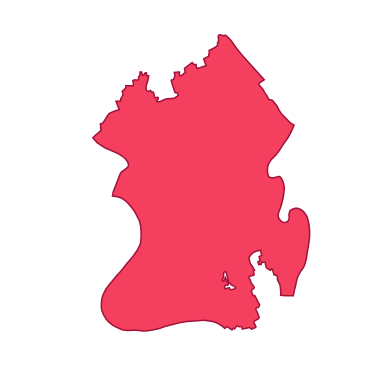 the district of Nam Truc, Nam Định, Vietnam, rotated 167°
{"feature_id": "81297802B82332241258399", "entity_name": "Nam Truc", "entity_type": "district", "adm_level": 2, "iso_a3": "VNM", "parent_name": "Vietnam", "parent_adm1": "Nam Định", "projection": "mercator", "projection_center": [106.206, 20.335], "detail": "fine", "context": "isolated", "style": "filled", "palette": "rose", "viewbox_px": 384, "rotation_deg": 167, "n_neighbors": 0, "source": "geoboundaries", "source_scale": "gbopen_adm2", "svg_char_len": 5955}
<svg xmlns="http://www.w3.org/2000/svg" viewBox="0 0 384 384"><g transform="rotate(167 192 192)"><path d="M116.7,68.1L113.9,74.1L112.2,77.3L109.9,82.3L108.2,85.4L104.3,89.9L100.8,93.0L99.3,94.7L97.6,97.4L95.6,101.2L93.4,107.0L90.6,113.4L87.6,121.7L86.1,127.9L85.5,132.0L85.3,134.2L85.3,140.4L85.4,141.8L85.9,143.6L87.0,146.3L87.9,148.0L89.3,149.8L90.2,150.7L92.1,152.0L93.5,152.6L94.6,152.9L95.6,152.9L97.9,152.7L100.4,151.9L101.1,151.2L102.1,149.5L102.7,147.7L103.2,144.8L103.6,143.7L104.6,142.6L105.2,142.1L106.1,141.6L106.8,141.4L107.5,141.3L108.4,141.4L109.5,141.7L110.5,142.2L111.9,143.7L113.1,146.2L113.4,147.4L113.4,148.6L113.2,150.1L112.4,152.2L108.0,159.0L104.5,165.9L103.2,169.1L101.5,173.8L101.1,175.1L100.9,178.3L101.0,181.2L101.6,184.7L102.3,186.3L103.1,187.3L104.0,187.6L109.1,187.5L110.6,187.6L112.3,188.3L112.9,188.8L113.8,189.9L114.0,190.6L114.1,191.5L113.9,194.9L113.3,197.4L112.6,199.4L112.1,200.6L110.5,202.8L108.8,204.5L107.2,205.9L101.9,209.2L98.5,212.0L97.4,212.9L93.8,216.6L86.2,223.4L82.1,228.0L77.5,234.2L79.9,236.5L80.9,237.8L82.3,239.9L87.2,248.0L88.4,251.0L89.8,256.5L92.3,261.9L93.1,263.3L93.5,263.6L94.4,264.0L95.6,264.5L96.4,265.0L97.1,268.3L98.9,272.4L99.4,275.2L102.5,281.4L102.6,282.2L102.5,282.5L102.2,282.8L100.4,283.6L96.3,285.1L111.2,311.8L113.3,315.9L116.0,321.4L119.5,330.0L120.9,332.7L122.8,335.5L124.1,337.3L124.7,337.2L125.9,337.2L129.2,338.8L130.3,339.0L131.0,338.5L131.6,337.1L131.9,334.1L132.1,333.4L132.6,332.5L133.7,331.5L133.8,329.9L134.2,329.2L135.4,328.4L136.8,327.8L140.5,326.8L143.5,326.1L143.6,325.8L143.7,324.1L144.9,321.9L145.3,320.4L148.2,319.8L150.7,319.1L150.3,315.4L149.7,312.0L159.5,311.1L159.4,315.4L160.6,315.5L161.6,316.0L162.7,318.1L171.5,314.2L171.7,312.0L171.5,309.6L173.0,309.4L173.6,309.3L174.6,308.3L175.3,308.1L177.5,307.9L177.8,307.9L178.0,308.1L178.0,308.8L177.3,311.1L177.3,311.8L182.4,312.5L182.3,310.1L182.4,309.4L183.6,307.2L184.4,306.2L185.3,305.9L186.9,305.7L187.1,305.6L187.2,305.3L187.0,301.8L186.8,299.8L186.3,293.1L185.9,292.4L184.1,291.8L183.9,291.3L183.7,289.1L188.5,287.3L189.1,287.3L190.1,287.7L191.6,287.8L194.1,288.3L196.1,288.5L198.2,288.3L201.8,287.5L203.0,287.3L205.1,287.8L206.0,288.3L206.1,288.6L205.9,289.0L204.8,289.5L204.2,290.1L203.8,290.6L203.7,291.2L203.8,291.7L204.3,292.1L206.6,292.0L207.0,292.2L207.1,297.3L207.2,298.0L207.5,298.3L208.5,298.3L209.1,298.6L209.4,299.6L209.5,300.3L210.9,299.9L212.6,300.1L212.9,300.4L213.2,300.9L213.5,302.1L213.4,303.5L212.9,305.2L212.1,306.8L210.0,310.5L209.0,312.6L208.1,315.0L209.5,315.4L209.9,315.9L210.0,316.4L209.6,317.8L209.7,318.5L209.9,318.6L210.8,318.6L211.4,318.2L212.6,316.9L213.2,316.5L213.7,316.5L214.1,317.3L214.1,319.7L214.3,320.4L214.9,320.6L215.5,320.7L215.9,320.2L216.0,318.5L216.2,318.1L218.1,316.1L218.6,314.2L219.2,313.4L219.7,313.3L222.2,314.0L223.6,314.2L224.7,313.8L224.6,311.7L224.7,310.9L225.5,308.8L226.8,309.0L232.5,310.5L232.7,309.2L233.4,308.2L234.3,307.5L235.6,306.7L236.9,306.2L237.4,305.8L237.2,304.4L237.2,303.3L237.5,302.5L237.9,301.6L238.6,300.8L240.5,298.8L241.1,296.7L245.6,297.5L244.9,292.1L244.2,288.5L246.5,288.5L250.5,288.1L254.5,287.3L255.6,286.7L257.0,285.5L261.5,281.0L263.5,279.3L264.7,278.9L266.0,279.0L266.1,276.0L266.8,275.1L266.8,274.3L266.3,272.9L266.5,272.6L273.9,268.7L276.4,267.2L274.9,264.1L273.1,261.0L267.1,254.8L264.3,252.7L256.9,247.2L255.0,245.7L252.0,242.6L250.8,241.3L249.2,238.9L247.9,235.3L247.8,234.4L247.8,232.5L248.1,231.8L248.8,230.9L250.9,229.7L255.8,227.6L256.6,227.1L257.8,226.0L268.7,209.9L270.4,206.0L266.6,204.5L263.5,202.8L261.6,201.4L259.7,199.5L258.4,197.9L256.7,195.1L254.5,190.9L252.9,187.3L251.7,183.6L249.8,176.0L249.7,172.9L249.7,170.1L250.5,165.1L251.6,159.8L252.8,156.5L253.0,155.3L253.5,154.2L254.8,152.0L258.4,147.6L264.2,142.4L270.3,137.9L279.4,130.7L283.8,127.8L285.5,126.4L292.3,121.3L297.4,117.0L299.6,114.6L301.4,112.3L303.3,109.3L304.7,106.1L306.1,101.0L306.4,99.0L306.5,96.7L305.9,92.6L304.3,87.6L303.2,85.3L300.2,81.2L298.5,79.3L296.6,77.7L291.5,73.8L289.8,72.9L286.1,71.6L278.8,70.2L275.7,69.3L271.8,67.8L267.6,66.9L264.6,66.6L261.3,66.4L255.6,66.3L252.9,66.5L249.3,67.0L236.5,67.4L232.7,67.4L226.4,67.0L209.6,64.4L204.2,62.5L200.2,60.8L196.1,57.9L192.9,54.7L190.6,51.6L188.3,53.2L187.8,52.5L184.1,48.7L182.5,49.8L181.5,49.0L180.3,50.0L178.4,51.4L177.9,51.4L177.5,51.2L176.9,50.3L176.4,50.1L174.9,49.9L174.2,49.6L173.9,49.1L173.8,47.1L166.3,47.0L164.9,45.0L161.3,45.5L160.4,45.8L160.0,46.4L160.1,47.0L160.9,50.3L160.9,51.0L160.5,52.0L160.0,52.3L155.9,53.5L155.2,54.0L154.9,54.5L154.8,55.4L155.0,57.1L155.6,60.6L156.1,62.4L156.1,64.1L155.6,64.5L155.3,64.6L153.3,64.6L151.8,66.3L151.5,66.8L151.5,67.5L152.1,68.7L154.0,76.7L154.3,77.1L155.6,77.1L155.9,77.5L156.3,80.6L156.4,82.2L156.0,83.0L154.3,83.7L153.0,84.5L152.8,84.8L153.2,86.4L154.8,90.2L155.0,91.3L154.9,93.2L155.8,95.0L155.7,96.3L155.5,96.7L155.1,96.8L151.4,97.0L150.4,97.1L150.1,97.3L149.9,100.9L149.7,101.2L148.6,101.7L149.3,103.4L149.9,106.0L151.1,108.6L151.3,109.6L151.4,115.2L147.9,118.2L146.6,118.9L143.5,119.8L138.3,119.9L138.4,116.1L138.5,114.4L138.8,114.1L140.7,114.2L141.2,113.9L141.2,109.6L141.4,109.4L143.4,109.3L143.5,108.1L143.3,106.2L140.8,105.9L140.0,107.7L136.5,107.3L136.8,103.0L136.6,101.8L135.8,100.4L133.4,98.1L133.2,98.0L132.9,98.1L131.8,99.4L131.4,99.3L130.9,97.4L130.8,94.3L130.8,92.9L129.1,92.0L127.7,90.8L127.7,90.2L128.1,89.1L128.3,88.4L128.4,86.8L127.4,82.9L127.3,82.0L127.3,80.3L127.7,76.4L128.8,71.4L124.2,69.9L118.4,68.6L116.7,68.1ZM177.1,90.3L181.7,90.3L181.7,91.3L181.4,92.6L180.7,93.4L180.4,93.6L179.8,93.6L178.2,93.2L177.8,93.3L177.4,93.8L177.4,94.5L177.9,95.8L178.7,101.0L181.2,97.9L182.3,98.8L182.5,99.4L182.4,99.7L181.0,100.9L180.4,101.8L180.1,102.5L179.9,104.3L179.2,106.3L178.7,106.7L177.0,106.8L176.8,105.1L176.7,101.6L176.7,96.5L176.5,95.0L175.4,94.7L175.1,93.4L174.8,92.9L172.3,90.8L171.6,90.0L171.1,89.0L171.8,88.2L172.3,87.9L176.3,88.0L176.8,88.5L177.1,90.3Z" fill="#f43f5e" stroke="#9f1239" stroke-width="1.5"/></g></svg>